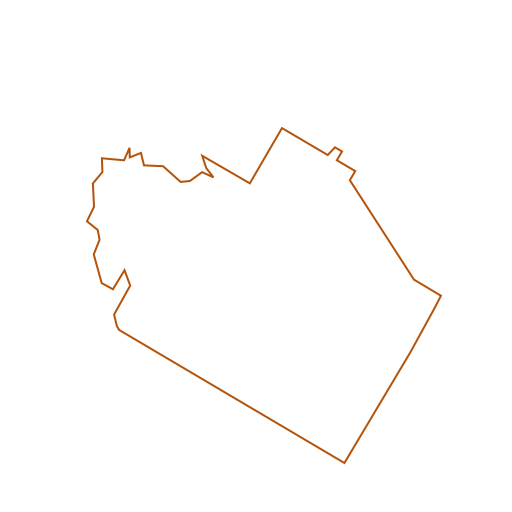 Macon, Alabama, United States of America (Robinson projection), rotated 31°
{"feature_id": "52423323B34144827866245", "entity_name": "Macon", "entity_type": "district", "adm_level": 2, "iso_a3": "USA", "parent_name": "United States of America", "parent_adm1": "Alabama", "projection": "robinson", "projection_center": [-85.83, 32.414], "detail": "fine", "context": "isolated", "style": "outline", "palette": "amber", "viewbox_px": 512, "rotation_deg": 31, "n_neighbors": 0, "source": "geoboundaries", "source_scale": "gbopen_adm2", "svg_char_len": 661}
<svg xmlns="http://www.w3.org/2000/svg" viewBox="0 0 512 512"><g transform="rotate(31 256 256)"><path d="M158.3,197.8L168.1,206.3L179.0,210.5L166.6,211.9L160.7,225.8L153.2,231.3L130.1,226.9L113.3,236.0L104.3,226.9L97.0,236.5L91.9,228.4L93.6,241.9L73.6,251.6L81.1,263.1L78.8,277.8L91.8,297.2L93.2,313.3L106.9,315.2L113.5,322.6L116.1,338.2L137.7,358.7L150.5,358.2L150.6,335.9L163.4,346.1L164.5,379.3L172.8,387.7L176.8,389.9L438.4,387.9L437.9,259.0L435.9,208.4L435.0,194.8L403.6,194.9L297.4,142.7L297.3,132.1L276.0,132.3L275.9,122.1L267.7,122.2L265.5,132.5L212.4,133.0L212.6,149.4L213.3,196.9L158.3,197.8Z" fill="none" stroke="#b45309" stroke-width="2"/></g></svg>